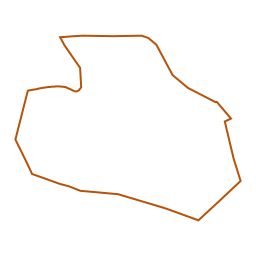 Grande Riviere/En Leur Morne/Discompere, Dennery, Saint Lucia (orthographic projection)
{"feature_id": "8701671B4251285469436", "entity_name": "Grande Riviere/En Leur Morne/Discompere", "entity_type": "district", "adm_level": 2, "iso_a3": "LCA", "parent_name": "Saint Lucia", "parent_adm1": "Dennery", "projection": "orthographic", "projection_center": [-60.935, 13.932], "detail": "fine", "context": "isolated", "style": "outline", "palette": "amber", "viewbox_px": 256, "rotation_deg": 0, "n_neighbors": 0, "source": "geoboundaries", "source_scale": "gbopen_adm2", "svg_char_len": 1039}
<svg xmlns="http://www.w3.org/2000/svg" viewBox="0 0 256 256"><path d="M198.4,220.3L220.5,199.9L224.2,196.4L240.6,181.0L233.6,158.5L224.8,121.5L231.0,118.6L216.8,101.9L215.4,102.1L187.9,87.9L172.6,75.1L156.3,44.6L148.2,37.9L141.5,35.7L134.1,35.8L112.8,36.2L89.7,35.8L82.3,35.7L72.4,36.3L60.1,37.2L64.4,45.2L80.1,67.9L81.2,87.3L79.7,89.2L79.2,90.1L78.3,90.7L77.3,91.1L76.4,91.4L75.3,91.4L74.2,91.1L73.2,90.6L72.5,90.3L71.6,89.8L70.7,89.4L69.7,88.9L68.7,88.5L67.7,88.1L66.7,87.7L65.9,87.1L64.8,87.0L63.8,86.8L62.4,86.7L61.5,86.6L60.7,86.6L59.2,86.4L58.4,86.4L57.5,86.4L56.2,86.4L55.3,86.5L54.4,86.6L53.1,86.7L51.7,86.7L50.5,86.9L49.5,87.0L48.7,87.0L47.5,87.2L46.7,87.2L45.4,87.5L44.3,87.6L43.1,87.8L41.8,88.0L40.7,88.2L39.9,88.3L38.7,88.6L37.6,88.9L36.9,89.1L36.1,89.3L34.9,89.4L33.8,89.6L32.8,89.7L31.6,90.0L30.3,90.2L29.1,90.4L27.8,90.8L15.4,139.6L21.7,152.3L26.3,161.7L32.1,174.0L38.9,176.4L59.8,183.9L68.9,186.3L80.3,190.8L91.7,191.8L118.1,194.2L165.9,208.5L167.2,209.0L198.4,220.3Z" fill="none" stroke="#b45309" stroke-width="2"/></svg>